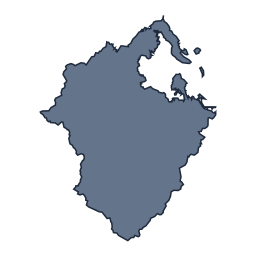 the district of Puno, Puno, Peru
{"feature_id": "86281439B67596976235519", "entity_name": "Puno", "entity_type": "district", "adm_level": 2, "iso_a3": "PER", "parent_name": "Peru", "parent_adm1": "Puno", "projection": "albers", "projection_center": [-69.905, -16.067], "detail": "fine", "context": "isolated", "style": "filled", "palette": "slate", "viewbox_px": 256, "rotation_deg": 0, "n_neighbors": 0, "source": "geoboundaries", "source_scale": "gbopen_adm2", "svg_char_len": 5722}
<svg xmlns="http://www.w3.org/2000/svg" viewBox="0 0 256 256"><path d="M215.7,112.0L215.3,112.6L214.7,112.3L214.5,113.0L213.3,112.9L211.4,110.9L207.7,110.0L207.4,108.9L205.7,109.4L203.9,108.2L202.0,106.0L201.2,103.4L200.5,103.6L200.5,101.9L199.6,102.1L199.0,99.9L198.0,100.2L194.5,98.8L193.5,96.7L192.5,96.3L191.8,97.0L191.5,97.8L192.3,98.6L191.6,99.7L191.2,98.0L189.7,97.5L188.5,96.1L188.0,98.3L187.3,96.9L188.0,96.8L188.1,96.7L186.4,95.1L185.5,91.6L185.9,90.6L185.1,90.4L184.5,87.6L185.6,85.9L185.7,84.0L187.0,83.2L183.8,79.6L181.4,78.5L180.5,74.6L179.7,73.7L178.6,74.4L175.4,74.4L176.1,74.5L172.8,78.5L173.1,81.5L172.3,82.4L172.6,83.9L171.4,85.4L171.4,87.4L171.9,89.8L172.4,89.3L174.0,90.0L174.4,88.4L175.7,88.3L175.8,90.0L177.3,89.5L177.9,90.0L177.4,91.4L176.6,91.7L177.2,92.5L178.6,92.5L178.0,90.8L178.9,90.6L178.8,89.8L181.0,92.0L181.1,92.7L179.9,92.7L179.8,93.3L181.2,92.9L181.7,93.4L181.1,94.8L182.6,93.8L183.8,94.4L184.2,98.7L184.8,99.2L183.6,101.4L183.0,100.1L179.2,100.3L177.8,98.1L173.9,98.1L174.5,100.0L174.1,100.5L172.2,97.9L172.8,99.6L171.6,101.0L172.3,102.4L170.9,101.4L169.6,102.1L168.6,101.4L168.1,99.1L165.5,97.1L165.5,94.2L163.8,92.6L162.5,93.1L158.7,92.2L158.2,90.9L152.7,88.7L150.6,86.6L144.8,89.1L143.5,88.3L143.3,87.1L141.1,86.6L140.5,84.3L141.4,83.9L140.4,83.5L140.5,82.6L144.7,81.5L146.0,80.5L145.1,77.5L143.9,76.9L142.9,74.9L142.3,75.4L141.4,74.9L141.6,75.8L140.4,75.3L139.4,74.4L138.5,71.6L137.4,70.9L137.8,69.9L137.3,68.1L137.8,66.8L139.5,65.8L138.9,63.6L138.4,63.8L137.6,62.1L138.4,61.1L138.3,59.6L139.0,59.6L139.1,58.7L139.5,59.1L140.4,56.2L141.7,55.2L145.7,55.9L146.8,57.9L148.5,58.8L150.3,58.0L150.9,57.2L150.4,56.2L152.0,55.5L150.6,55.4L152.1,55.3L149.7,53.6L150.9,53.8L151.0,52.0L150.1,51.9L149.9,51.1L150.7,51.9L151.5,50.8L152.2,51.5L151.8,52.1L153.4,53.0L153.0,52.1L153.7,52.3L155.0,50.8L154.8,49.6L155.8,49.3L154.9,49.4L155.1,48.7L155.7,49.0L157.4,47.1L157.6,44.4L158.5,44.8L159.3,44.0L159.8,42.1L158.9,41.0L157.2,41.1L156.6,42.0L157.2,40.4L156.6,39.9L157.5,40.3L157.7,39.5L157.9,40.2L159.1,37.0L157.8,36.8L157.3,35.3L157.1,36.6L156.2,36.5L156.6,34.9L157.7,34.1L157.1,33.1L157.3,33.9L156.7,33.8L156.8,33.0L159.5,32.6L158.1,31.8L158.2,32.3L157.6,32.2L157.3,31.1L155.1,32.1L154.9,31.2L153.9,30.9L154.3,30.3L156.2,31.1L157.5,30.5L159.2,32.2L161.1,31.9L163.7,36.4L163.6,37.3L165.5,38.6L165.8,40.0L168.8,41.5L170.6,43.4L172.5,46.2L171.6,48.2L171.4,53.1L172.5,55.1L175.3,57.1L176.9,59.2L182.5,62.7L189.4,63.5L191.1,62.1L189.3,60.1L183.5,56.6L180.2,52.9L181.1,51.5L185.2,54.3L187.1,54.8L187.9,54.3L186.1,49.8L184.3,48.8L184.0,50.4L182.1,50.6L179.9,48.9L179.1,47.5L179.4,46.5L178.2,45.2L179.4,43.4L178.2,43.3L177.7,42.0L179.1,40.8L176.1,36.3L173.0,34.1L171.7,31.1L169.6,30.5L169.8,28.5L168.9,26.1L166.8,23.3L164.3,21.5L163.1,18.6L163.5,15.4L162.9,18.4L161.3,20.8L155.7,21.2L153.6,22.2L152.9,23.9L149.7,26.3L150.8,26.9L150.9,28.4L149.4,29.0L148.6,28.2L147.5,28.4L146.0,29.7L146.1,27.9L144.9,27.5L143.5,29.4L141.9,29.5L141.1,30.6L144.2,30.9L139.1,32.0L136.0,36.2L133.0,39.0L130.7,43.4L128.1,45.2L128.4,46.7L121.1,45.8L117.0,52.0L116.1,51.5L116.6,49.6L115.6,49.5L115.0,48.5L114.3,48.9L114.9,47.8L114.3,48.1L112.6,46.2L112.9,44.8L112.3,45.2L111.9,43.9L110.0,44.3L108.7,42.3L108.1,42.7L106.8,41.9L106.0,46.7L103.1,48.3L100.8,51.3L99.5,51.3L98.5,53.1L95.7,52.8L94.3,56.3L91.6,56.9L86.2,64.9L84.2,63.2L80.9,62.8L74.9,65.7L73.6,64.5L70.9,63.6L67.3,64.9L65.6,66.4L66.5,68.7L63.7,72.0L63.1,74.6L66.7,80.7L65.9,82.4L64.4,83.4L65.1,86.4L64.1,88.1L62.2,88.9L61.9,90.0L61.1,92.7L61.7,95.3L55.6,98.3L54.7,100.3L55.6,102.3L55.4,105.1L51.1,107.5L48.8,110.8L42.4,111.0L40.3,112.0L40.8,113.1L43.1,114.7L45.0,117.7L46.4,118.1L47.1,120.5L48.6,121.7L50.0,121.1L50.5,122.6L55.1,122.9L58.2,125.0L61.6,121.9L62.9,122.3L64.0,127.2L66.6,128.7L67.3,129.8L68.3,129.7L69.7,132.0L69.1,134.8L70.1,135.4L68.8,138.4L70.0,143.8L72.5,145.4L73.3,147.4L75.2,149.0L76.4,151.5L76.1,153.4L77.6,155.1L81.3,153.7L83.5,154.6L84.3,157.0L83.9,159.7L82.5,160.7L80.5,164.3L81.4,167.0L80.0,171.0L80.7,172.2L80.2,173.8L81.7,177.1L80.3,180.3L80.4,181.9L78.4,184.6L78.4,185.7L75.8,185.9L75.7,187.0L73.7,189.2L78.4,191.9L77.6,193.9L79.9,194.9L82.8,194.0L84.2,195.2L85.9,197.9L85.8,200.3L87.7,200.9L86.4,204.9L88.6,206.9L99.2,211.8L102.0,212.1L107.1,218.5L110.0,218.1L110.8,221.8L111.7,222.7L112.2,227.0L111.6,229.0L112.9,230.2L113.5,232.6L116.7,233.0L118.7,235.5L127.8,240.6L131.2,237.6L133.7,237.5L134.8,235.4L138.2,236.7L139.4,236.0L139.8,234.7L138.8,231.1L139.5,229.4L142.0,229.1L143.3,227.3L145.7,226.0L150.3,220.2L150.6,218.3L154.7,216.5L157.4,213.6L159.5,214.7L161.2,214.6L163.2,212.6L163.3,210.8L166.2,205.9L165.2,203.9L168.8,200.4L170.5,196.3L171.1,192.0L173.7,190.3L178.2,190.5L180.7,189.0L181.2,186.4L183.4,184.5L181.6,181.9L180.1,181.1L181.0,176.7L179.4,168.2L185.2,165.0L186.9,162.0L187.9,156.4L188.9,156.9L189.7,155.3L191.0,154.3L194.4,155.1L197.9,152.4L198.5,147.5L200.6,145.9L200.2,143.7L201.5,143.7L200.7,142.0L201.1,139.8L202.7,139.6L204.8,137.2L199.6,133.8L198.6,131.8L201.2,131.4L202.5,128.4L204.8,128.5L207.3,126.7L208.0,125.4L208.1,118.2L209.1,117.6L212.2,118.9L213.6,117.8L215.7,114.8L215.7,112.0ZM198.0,48.1L196.3,48.3L194.1,50.7L196.0,54.0L198.8,53.2L199.1,51.9L200.5,50.6L200.0,49.3L198.0,48.1ZM203.5,70.8L201.3,67.2L199.8,68.1L202.3,73.8L202.4,76.6L203.7,75.1L203.5,70.8ZM205.2,99.0L199.7,94.1L198.2,95.4L198.3,95.7L198.5,96.0L199.4,94.7L198.8,96.1L199.1,97.5L197.1,99.2L198.1,99.8L199.5,98.1L201.4,97.6L202.1,97.9L201.7,98.4L205.2,99.0ZM215.6,106.9L204.2,106.9L201.8,103.0L201.3,100.6L201.8,98.6L201.2,98.7L201.5,103.0L204.3,107.5L211.5,107.3L212.1,109.1L213.1,107.6L215.4,107.5L215.6,106.9ZM175.9,94.9L176.5,93.8L176.1,91.9L174.5,93.8L174.8,95.0L175.9,94.9Z" fill="#64748b" stroke="#1e293b" stroke-width="1.5"/></svg>